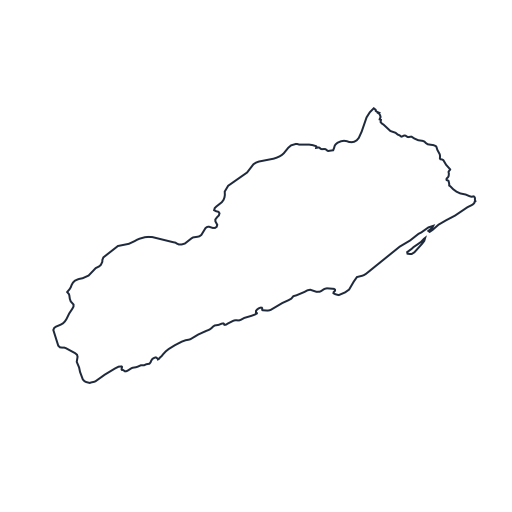 Namibe, Equal Earth projection, rotated 236°
{"feature_id": "AGO-1893", "entity_name": "Namibe", "entity_type": "Province", "adm_level": 1, "iso_a3": "AGO", "parent_name": "Angola", "parent_adm1": "", "projection": "equal_earth", "projection_center": [12.66, -15.394], "detail": "fine", "context": "isolated", "style": "outline", "palette": "slate", "viewbox_px": 512, "rotation_deg": 236, "n_neighbors": 0, "source": "natural_earth", "source_scale": "10m", "svg_char_len": 4642}
<svg xmlns="http://www.w3.org/2000/svg" viewBox="0 0 512 512"><g transform="rotate(236 256 256)"><path d="M299.0,435.7L297.4,434.2L295.5,434.4L293.6,435.2L284.5,437.3L280.1,440.6L277.4,441.4L275.8,442.5L273.7,443.2L273.3,444.3L273.2,445.6L272.8,446.6L272.1,447.3L270.6,447.9L269.9,448.2L269.2,449.1L268.5,450.8L267.9,451.7L265.0,452.9L261.3,455.2L258.3,458.5L256.7,459.6L254.6,460.0L252.5,460.9L248.7,465.1L246.6,466.5L245.6,466.6L242.6,465.7L237.6,465.2L236.0,464.5L234.0,463.0L233.1,463.0L232.0,464.2L230.7,464.9L225.3,464.6L219.2,465.4L218.9,464.9L218.6,463.8L218.2,462.8L217.4,462.3L216.5,462.0L215.6,461.3L214.8,460.6L214.3,460.0L213.9,459.1L213.8,458.2L213.6,457.4L213.1,456.8L212.3,456.5L211.9,456.8L211.4,457.3L210.5,457.6L207.5,456.4L206.7,455.7L206.1,455.6L205.6,455.9L205.0,456.1L201.1,456.8L197.2,458.2L193.7,460.3L189.7,464.2L186.3,466.4L184.7,467.7L184.2,468.6L184.0,469.4L183.6,469.9L182.3,470.1L181.4,469.8L180.0,468.8L178.8,468.6L178.8,467.7L178.1,467.0L177.7,465.9L177.5,464.5L177.6,463.0L178.2,458.6L178.2,443.6L179.3,433.8L179.9,424.9L178.9,416.9L178.9,413.4L180.4,412.9L180.8,417.7L181.9,419.8L183.3,414.9L183.1,406.2L183.5,403.2L182.7,392.4L183.4,380.4L179.7,337.2L179.8,334.9L180.2,333.1L182.1,327.9L180.1,322.7L176.1,314.4L176.0,309.5L177.3,302.8L178.3,301.8L180.1,300.3L181.8,299.4L182.6,300.1L183.0,302.1L184.0,302.7L185.2,302.2L189.5,296.8L190.2,295.1L190.5,293.6L190.5,290.4L190.8,288.8L192.5,286.1L197.7,282.1L198.8,279.4L199.1,276.1L200.8,267.5L201.8,264.5L200.9,261.4L201.2,258.1L202.3,251.6L203.1,238.1L203.6,236.4L204.4,234.9L207.3,231.2L207.9,231.0L209.2,231.9L209.9,231.9L210.7,230.8L211.1,228.8L211.0,226.8L210.5,225.3L209.2,224.4L208.3,224.8L207.9,224.6L208.1,222.2L209.0,218.6L211.2,211.7L211.6,207.7L212.0,206.1L212.8,204.9L213.8,203.7L214.5,202.5L215.0,201.0L215.8,194.7L215.8,193.2L216.0,192.4L216.6,191.3L217.2,191.3L217.8,191.5L218.4,191.2L219.1,189.7L219.8,186.5L221.5,182.9L221.5,180.9L221.1,178.8L221.0,176.7L221.2,175.2L221.8,172.6L223.2,164.2L223.7,155.1L224.2,153.5L225.5,150.6L226.5,146.6L227.4,139.0L227.7,131.6L227.4,127.9L226.5,124.0L225.9,122.2L225.7,121.3L225.6,120.1L225.5,119.5L225.1,118.4L225.0,117.8L225.1,116.9L225.4,117.0L225.8,117.2L226.5,116.8L227.6,116.5L228.0,116.2L228.3,115.3L228.5,114.3L228.6,113.2L228.5,112.2L227.8,110.6L226.8,109.1L226.3,107.4L227.6,104.5L228.0,102.1L229.8,99.4L230.1,97.7L230.4,96.0L230.9,94.3L232.3,91.3L232.6,90.1L232.7,86.1L232.9,84.3L233.6,82.9L235.7,82.1L236.2,81.5L236.6,81.1L237.3,81.2L238.4,82.4L239.0,82.9L239.6,82.8L241.1,80.2L241.6,76.2L242.2,64.2L241.9,52.9L242.2,51.5L243.4,48.5L243.7,47.2L246.5,44.7L248.1,43.8L250.5,43.4L258.3,45.3L262.5,47.0L268.5,48.2L272.2,51.7L274.2,52.4L276.6,51.7L285.8,46.9L287.3,45.8L288.6,43.9L289.9,42.4L292.2,41.9L308.0,46.6L309.2,48.5L309.3,50.5L308.3,55.7L308.1,58.4L308.6,60.9L309.7,63.6L312.8,69.0L315.0,74.3L316.1,76.4L317.8,77.6L321.9,77.0L324.6,77.7L327.7,79.2L329.0,79.6L331.7,79.3L332.8,83.1L333.7,85.0L335.1,87.0L336.3,89.4L336.8,92.0L336.3,95.0L335.9,96.5L334.5,99.9L333.4,106.3L335.6,116.3L335.1,120.2L335.4,122.4L337.1,125.3L338.7,126.5L340.2,128.7L341.5,147.1L337.2,157.4L336.2,163.7L336.0,166.4L335.5,169.0L333.7,174.4L332.1,177.3L329.7,180.6L313.9,194.9L312.1,196.7L310.6,197.3L308.7,198.5L307.1,200.9L306.1,204.0L306.7,212.3L306.6,214.2L304.6,218.4L304.0,220.0L304.0,222.4L307.4,229.8L307.4,231.7L306.7,233.3L303.5,235.8L302.2,237.7L302.2,239.7L303.5,241.3L307.4,241.7L309.0,242.7L309.9,245.3L310.4,247.9L311.8,249.6L313.6,249.6L315.5,247.9L317.4,246.9L318.8,248.6L319.2,250.8L319.7,257.7L320.7,260.5L322.2,262.6L324.0,264.3L326.9,266.1L329.8,272.2L330.2,295.3L333.5,305.2L333.4,308.3L332.7,311.2L326.8,325.1L326.0,328.0L325.4,331.3L325.3,334.0L325.6,336.4L327.7,343.3L328.1,347.0L326.6,351.7L326.1,352.4L325.8,352.8L324.2,354.1L318.6,362.4L316.3,364.9L313.6,367.1L313.2,367.3L312.8,367.3L312.5,366.9L312.3,366.6L312.0,366.3L310.9,368.7L310.4,369.1L309.8,369.3L309.2,369.4L308.3,369.8L307.8,370.3L306.1,373.0L305.3,373.5L304.5,373.8L303.6,374.0L303.0,374.3L302.6,374.7L302.4,375.2L301.8,376.5L300.5,379.1L302.1,381.4L302.9,382.3L303.5,383.1L304.0,384.4L304.3,386.9L303.6,390.6L302.3,393.4L300.4,395.5L298.5,396.9L296.8,399.0L295.8,401.3L295.6,404.2L296.4,407.2L300.0,413.1L309.1,425.2L311.5,430.7L312.6,436.2L310.5,436.9L310.0,436.9L309.4,436.4L308.1,436.8L306.0,438.1L306.0,437.3L305.1,437.7L304.1,437.7L302.2,437.3L301.3,436.7L300.7,435.6L300.1,434.9L299.0,435.7ZM175.3,396.3L175.4,400.7L176.3,404.8L176.4,406.3L174.4,403.9L173.3,400.6L170.5,389.4L170.6,386.2L171.5,384.8L173.2,382.9L174.7,383.5L174.9,389.1L175.3,391.6L175.3,396.3Z" fill="none" stroke="#1e293b" stroke-width="2"/></g></svg>